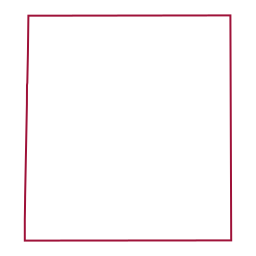 the district of Yoakum, Texas, United States of America
{"feature_id": "52423323B73359815084270", "entity_name": "Yoakum", "entity_type": "district", "adm_level": 2, "iso_a3": "USA", "parent_name": "United States of America", "parent_adm1": "Texas", "projection": "orthographic", "projection_center": [-103.003, 33.174], "detail": "fine", "context": "isolated", "style": "outline", "palette": "rose", "viewbox_px": 256, "rotation_deg": 0, "n_neighbors": 0, "source": "geoboundaries", "source_scale": "gbopen_adm2", "svg_char_len": 298}
<svg xmlns="http://www.w3.org/2000/svg" viewBox="0 0 256 256"><path d="M28.4,15.7L28.0,46.6L27.9,54.1L27.3,82.8L27.0,85.0L26.9,104.4L26.1,145.4L25.1,197.2L25.1,198.9L24.9,213.8L24.8,219.3L24.8,237.9L24.8,240.6L231.2,240.4L230.4,15.4L28.4,15.7Z" fill="none" stroke="#9f1239" stroke-width="2"/></svg>